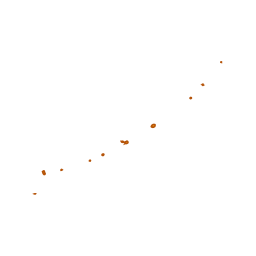 Northern Islands, Northern Islands, Northern Mariana Islands (Natural Earth projection), rotated 67°
{"feature_id": "39175420B77088391070908", "entity_name": "Northern Islands", "entity_type": "district", "adm_level": 2, "iso_a3": "MNP", "parent_name": "Northern Mariana Islands", "parent_adm1": "Northern Islands", "projection": "natural_earth1", "projection_center": [145.647, 18.28], "detail": "fine", "context": "isolated", "style": "filled", "palette": "amber", "viewbox_px": 256, "rotation_deg": 67, "n_neighbors": 0, "source": "geoboundaries", "source_scale": "gbopen_adm2", "svg_char_len": 3491}
<svg xmlns="http://www.w3.org/2000/svg" viewBox="0 0 256 256"><g transform="rotate(67 128 128)"><path d="M137.6,139.5L137.9,139.5L138.0,139.5L138.2,139.4L138.3,139.4L138.5,139.4L138.7,139.1L138.8,139.0L138.9,138.9L139.1,138.6L139.2,138.4L139.4,137.9L139.5,137.8L139.8,137.1L139.9,136.9L140.1,136.7L140.3,136.6L140.5,136.5L140.6,136.4L140.8,136.4L141.0,136.5L141.2,136.8L141.2,136.7L141.3,136.5L141.4,136.4L141.6,135.9L141.8,135.3L141.8,135.0L141.8,134.9L141.7,134.4L141.7,134.1L141.5,133.8L141.2,133.6L140.6,133.5L140.2,133.6L139.9,133.8L139.7,133.9L139.6,134.1L139.6,134.4L139.6,134.6L139.8,134.8L139.9,135.1L139.8,135.3L139.8,135.5L139.7,135.6L139.7,135.8L139.7,136.1L139.7,136.5L139.6,136.9L139.3,137.2L139.2,137.3L138.9,137.6L138.7,137.6L138.2,137.8L138.0,138.1L137.9,138.5L137.8,138.8L137.7,139.1L137.8,139.1L137.7,139.3L137.6,139.5ZM134.6,103.5L134.7,103.8L134.7,104.0L134.7,104.3L134.8,104.5L134.8,104.8L135.0,104.9L135.0,105.0L135.2,105.3L135.2,105.5L135.3,105.6L135.5,105.7L135.6,105.8L135.7,106.0L135.8,106.0L136.1,106.0L136.1,105.9L136.2,105.7L136.3,105.5L136.5,105.5L136.8,105.4L136.9,105.2L137.0,105.1L136.9,104.9L137.0,104.7L136.9,104.7L137.0,104.5L137.1,104.4L137.1,104.5L137.2,104.4L137.3,104.3L137.3,104.2L137.2,104.0L137.2,103.8L137.2,103.7L137.2,103.4L137.1,103.2L137.1,102.8L136.9,102.7L136.6,102.4L136.5,102.2L136.3,102.1L136.2,102.1L135.9,102.0L135.8,101.9L135.6,101.8L135.3,101.9L135.2,102.0L135.1,102.3L134.9,102.6L134.8,102.8L134.8,103.1L134.7,103.2L134.7,103.4L134.6,103.5ZM134.5,222.2L134.5,222.3L134.5,222.5L134.5,222.8L134.5,223.0L134.7,223.3L134.7,223.5L134.8,223.5L135.0,223.6L135.0,223.8L135.3,223.8L135.4,223.7L135.5,223.7L135.7,223.8L135.8,223.8L135.8,223.7L136.0,223.7L136.1,223.8L136.2,223.7L136.3,223.7L136.4,223.8L136.5,223.8L136.8,223.8L137.1,223.7L137.1,223.8L137.4,223.8L137.5,223.7L137.8,223.6L138.0,223.5L138.0,223.4L138.1,223.1L138.3,222.9L138.2,222.5L138.1,222.4L137.8,222.2L137.7,222.2L137.4,222.0L137.1,222.1L136.9,222.1L136.4,222.1L136.1,222.0L135.9,222.0L135.6,222.0L135.4,222.0L135.1,222.0L134.9,222.1L134.7,222.0L134.5,222.2ZM142.1,161.3L142.1,161.9L142.2,162.1L142.4,162.2L142.5,162.4L142.6,162.5L142.8,162.5L143.0,162.5L143.2,162.3L143.2,162.2L143.3,162.2L143.5,162.0L143.6,161.9L143.6,161.6L143.6,161.4L143.5,161.1L143.4,161.0L143.3,160.9L143.2,160.9L143.1,160.7L142.9,160.5L142.7,160.5L142.4,160.6L142.2,161.0L142.1,161.3ZM124.3,58.5L124.4,58.9L124.5,59.1L124.8,59.3L125.0,59.3L125.2,59.2L125.5,58.9L125.5,58.7L125.5,58.4L125.4,58.0L125.2,57.9L124.8,57.8L124.7,57.9L124.5,58.1L124.3,58.5ZM142.8,175.6L142.8,175.8L142.8,176.1L143.0,176.3L143.3,176.4L143.5,176.1L143.5,175.9L143.7,175.7L143.5,175.4L143.4,175.3L143.2,175.2L142.9,175.3L142.8,175.6ZM140.1,205.5L140.2,205.8L140.3,205.8L140.5,206.1L140.8,206.2L140.9,205.9L141.0,205.6L140.9,205.4L140.9,205.2L140.7,205.1L140.7,204.9L140.5,205.0L140.4,205.1L140.2,205.2L140.1,205.4L140.1,205.5ZM103.5,16.5L103.5,16.8L103.8,16.9L104.0,16.7L104.2,16.4L103.9,16.3L103.9,16.2L103.7,16.1L103.5,16.3L103.5,16.5L103.5,16.5ZM117.6,42.7L117.8,42.6L118.1,42.4L118.1,42.2L117.9,42.1L117.9,41.9L117.8,42.0L117.7,42.2L117.7,42.3L117.8,42.4L117.7,42.5L117.6,42.7ZM152.0,239.9L152.0,240.0L152.1,239.9L152.2,239.6L152.3,239.6L152.4,239.4L152.5,239.1L152.5,238.9L152.4,238.8L152.2,239.3L152.2,239.5L152.0,239.8L152.0,239.9ZM116.8,42.4L116.8,42.5L117.0,42.7L117.1,42.8L117.2,42.7L116.9,42.3L116.9,42.2L117.0,41.8L116.9,41.8L116.8,42.1L116.8,42.4Z" fill="#f59e0b" stroke="#b45309" stroke-width="1.5"/></g></svg>